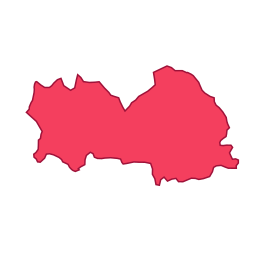 the district of Uiseong-gun, North Gyeongsang, South Korea, rotated 345°
{"feature_id": "91817680B75376031789242", "entity_name": "Uiseong-gun", "entity_type": "district", "adm_level": 2, "iso_a3": "KOR", "parent_name": "South Korea", "parent_adm1": "North Gyeongsang", "projection": "orthographic", "projection_center": [128.598, 36.353], "detail": "fine", "context": "isolated", "style": "filled", "palette": "rose", "viewbox_px": 256, "rotation_deg": 345, "n_neighbors": 0, "source": "geoboundaries", "source_scale": "gbopen_adm2", "svg_char_len": 1978}
<svg xmlns="http://www.w3.org/2000/svg" viewBox="0 0 256 256"><g transform="rotate(345 128 128)"><path d="M33.9,86.6L41.2,97.9L44.2,109.1L42.4,111.6L40.7,115.5L38.4,116.5L36.9,121.7L35.7,125.4L32.7,127.9L30.2,128.9L29.8,131.2L29.7,131.9L31.4,134.3L31.9,137.3L34.4,138.3L39.6,135.6L42.4,132.1L45.6,132.6L49.1,134.6L53.8,138.6L55.7,141.3L56.2,143.8L59.2,146.3L60.7,147.6L61.4,150.8L62.7,153.3L63.9,154.8L65.9,156.3L70.0,155.8L69.4,154.5L72.1,153.3L76.8,152.2L78.3,147.5L80.7,143.7L85.3,141.7L87.6,143.7L88.0,147.5L90.7,149.5L94.6,150.7L97.7,151.0L103.5,152.2L109.7,154.5L112.8,156.1L113.2,159.6L114.0,161.5L117.5,161.9L124.8,162.3L129.9,163.9L135.3,165.4L140.7,168.1L141.1,173.9L139.6,179.0L140.8,184.0L140.4,189.9L143.5,191.4L146.2,186.4L150.1,184.8L152.4,189.5L157.1,188.7L161.3,189.1L162.9,192.9L167.2,194.1L176.1,192.9L180.0,194.1L183.1,196.0L187.7,196.4L194.3,196.0L198.2,192.1L200.5,188.2L203.6,187.4L208.3,188.2L211.8,190.9L214.5,192.8L222.2,194.9L222.8,192.4L225.5,190.4L226.3,187.5L224.0,185.7L220.8,185.2L220.1,181.5L219.6,178.3L221.8,176.0L224.0,173.8L223.0,171.3L218.8,170.1L215.3,169.6L212.6,168.6L212.8,165.9L214.3,164.1L217.3,162.7L220.5,161.6L221.7,159.2L223.0,155.7L226.0,154.0L225.3,149.8L225.2,147.0L225.6,143.2L223.7,137.0L221.3,131.9L219.0,128.8L218.2,125.0L219.0,121.1L215.5,118.8L211.2,114.1L209.3,110.7L208.5,105.6L208.1,102.2L204.6,94.4L203.0,92.5L199.9,89.8L199.1,89.8L195.3,86.7L188.3,84.8L185.6,80.9L181.7,78.2L167.0,80.9L166.3,87.9L165.5,93.3L161.6,95.3L156.6,97.6L146.5,100.3L142.7,103.0L138.0,104.6L135.3,107.3L129.5,110.8L128.3,106.5L127.2,100.7L126.8,96.4L122.5,93.7L119.8,91.8L118.7,88.7L115.6,83.3L112.1,75.9L107.8,75.2L102.4,74.0L97.0,71.7L95.5,67.0L93.2,63.5L90.8,67.8L86.9,75.5L82.3,76.7L76.9,70.5L76.1,62.7L72.3,63.1L68.0,65.4L65.3,67.4L62.6,68.5L58.0,67.3L54.9,63.9L51.8,59.6L50.6,59.6L49.1,61.5L47.9,64.2L47.5,66.5L46.4,69.6L42.9,76.6L40.9,78.5L38.2,82.0L37.4,84.3L33.9,86.6Z" fill="#f43f5e" stroke="#9f1239" stroke-width="1.5"/></g></svg>